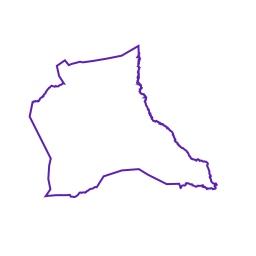 the district of Dashinchilen, Bulgan, Mongolia, rotated 101°
{"feature_id": "93677404B19716621729133", "entity_name": "Dashinchilen", "entity_type": "district", "adm_level": 2, "iso_a3": "MNG", "parent_name": "Mongolia", "parent_adm1": "Bulgan", "projection": "albers", "projection_center": [104.04, 47.859], "detail": "fine", "context": "isolated", "style": "outline", "palette": "violet", "viewbox_px": 256, "rotation_deg": 101, "n_neighbors": 0, "source": "geoboundaries", "source_scale": "gbopen_adm2", "svg_char_len": 5678}
<svg xmlns="http://www.w3.org/2000/svg" viewBox="0 0 256 256"><g transform="rotate(101 128 128)"><path d="M176.8,64.9L176.4,64.5L175.2,64.4L174.4,64.0L173.7,62.8L173.7,61.5L173.6,61.1L173.4,60.9L172.2,60.5L171.5,60.1L171.3,60.5L171.0,60.3L170.9,59.8L171.2,59.5L171.2,59.3L170.9,58.8L170.8,58.0L171.4,56.2L171.4,55.6L171.0,54.6L171.4,54.1L172.0,53.8L172.0,52.6L172.4,51.5L172.7,50.0L172.6,49.5L171.9,49.1L171.2,48.3L171.2,47.6L171.4,47.3L171.2,46.8L170.7,45.0L170.0,44.0L169.9,43.6L170.0,43.3L170.5,43.1L171.1,43.6L171.5,43.5L171.6,42.1L171.1,41.4L171.2,41.2L171.6,40.7L171.9,39.5L172.5,39.4L172.8,39.1L172.9,38.9L172.2,38.3L172.3,37.8L171.8,36.8L171.8,35.8L171.1,34.7L171.2,34.2L171.9,33.1L170.8,30.6L169.9,30.5L169.5,30.6L168.8,31.9L167.7,31.9L167.1,30.7L167.1,29.3L166.9,30.1L166.6,30.4L166.9,30.9L165.9,31.0L165.7,31.2L165.8,31.4L166.1,31.6L166.1,33.6L166.2,33.8L166.0,34.3L165.4,34.8L164.9,35.8L163.9,36.5L162.8,36.6L161.1,38.2L160.6,38.4L160.3,38.4L160.3,38.1L159.9,37.5L159.2,37.7L158.7,37.9L158.6,38.3L157.7,39.2L156.7,39.4L156.4,39.7L154.9,39.8L154.1,40.6L152.8,41.1L151.2,42.3L149.6,43.3L148.5,42.7L147.5,43.0L146.9,43.5L146.7,44.2L146.3,44.8L146.2,45.4L146.4,45.8L146.2,47.1L146.6,47.8L146.5,48.7L145.9,49.7L146.6,51.5L146.3,51.8L145.8,52.1L145.6,52.7L145.3,53.1L145.4,53.6L146.1,54.4L146.8,54.6L146.7,54.8L146.8,55.5L146.4,55.7L146.3,56.0L146.4,58.3L146.3,58.5L146.0,58.9L146.2,59.8L145.6,60.3L145.6,60.6L145.3,60.8L145.2,61.0L144.4,61.3L144.0,61.9L143.9,62.4L142.8,63.2L142.2,63.4L141.2,64.4L140.6,64.6L140.1,65.6L139.4,66.1L138.9,67.0L138.3,68.6L137.5,69.8L137.2,70.4L137.3,71.4L136.9,71.8L136.8,72.4L136.3,73.1L136.2,73.5L135.8,73.8L135.7,74.5L135.2,75.1L134.8,75.1L134.7,75.5L134.3,75.7L134.3,76.2L133.5,76.4L133.3,76.9L132.9,77.1L132.8,77.8L132.6,78.1L132.5,78.6L131.8,79.2L131.6,79.6L130.7,79.1L130.1,79.4L130.0,79.5L130.0,79.8L129.7,79.9L129.5,80.3L128.7,80.6L128.2,81.1L127.9,81.1L127.4,81.3L127.4,81.6L126.9,81.9L126.1,82.7L125.7,82.4L125.4,82.4L123.6,83.8L123.1,84.6L122.6,85.7L122.6,86.1L122.2,86.4L122.0,86.9L121.2,87.6L120.8,88.5L120.9,89.0L120.5,89.0L120.5,89.5L120.1,89.4L120.0,89.7L120.0,89.9L119.4,90.6L119.5,91.3L118.9,92.0L118.9,92.3L118.7,92.4L118.6,93.6L117.7,94.2L117.8,94.8L117.6,94.9L117.4,95.8L118.1,96.3L117.8,97.3L117.6,97.4L117.7,97.8L116.8,97.8L116.8,98.8L116.3,99.3L116.4,100.0L116.0,100.3L116.0,100.7L115.6,101.3L116.4,102.2L116.1,102.5L116.1,103.0L116.3,103.2L116.2,103.5L116.3,104.1L115.9,104.9L115.1,105.5L114.5,106.4L113.2,106.1L112.6,106.7L112.5,107.1L112.7,107.4L111.9,107.6L111.4,108.1L111.3,108.6L110.6,108.5L110.7,109.0L109.7,109.1L109.8,109.3L109.6,109.4L109.7,109.7L109.6,109.9L109.2,109.8L108.9,110.1L106.5,110.8L106.3,111.0L105.9,111.3L106.1,112.0L104.8,112.5L103.6,113.2L102.8,114.1L102.6,114.2L102.4,114.6L101.1,115.1L100.5,115.2L100.1,115.7L99.6,116.0L99.0,116.6L98.4,116.6L98.2,116.4L97.9,116.3L97.7,115.9L97.4,115.9L96.4,115.9L96.5,116.2L96.4,116.3L96.0,115.9L95.5,116.0L94.9,115.9L94.6,116.3L94.3,116.2L94.2,116.4L94.4,117.1L94.1,116.8L93.8,116.7L92.9,117.5L92.9,118.1L92.6,118.1L92.3,118.6L91.8,118.9L91.8,119.8L92.1,120.5L91.8,120.9L91.9,121.4L91.3,121.9L91.1,122.7L90.3,123.1L90.1,123.7L89.9,123.7L89.5,123.3L89.2,123.2L88.0,123.5L87.7,123.8L87.6,123.7L87.6,123.1L87.1,123.0L86.8,122.5L86.5,122.6L86.1,122.2L85.9,122.2L85.8,122.9L85.7,123.0L85.0,123.1L84.4,123.3L84.1,123.8L83.6,123.5L83.4,123.6L82.8,124.5L83.2,124.9L83.2,125.2L82.9,124.9L82.7,125.0L82.8,125.6L82.5,125.8L82.9,126.0L82.0,125.9L81.7,126.0L82.1,126.8L81.9,126.7L81.6,126.9L81.6,127.1L81.8,127.3L81.5,127.7L80.4,127.4L80.0,127.7L79.4,127.6L79.4,127.2L78.8,127.3L78.1,127.2L77.7,127.5L77.2,126.9L76.9,126.8L76.7,126.9L76.6,127.4L76.1,127.1L75.9,127.2L76.0,127.7L75.9,127.8L75.4,127.6L75.4,127.8L75.6,128.1L74.9,128.0L75.2,127.4L74.9,127.3L74.4,127.7L73.6,127.5L72.8,128.0L72.8,127.8L72.5,127.8L72.1,128.5L71.8,128.4L71.6,128.6L71.4,128.4L70.9,128.8L70.5,128.4L69.7,128.8L69.2,128.5L68.0,128.6L67.8,128.4L67.4,128.5L66.9,128.3L66.9,128.7L66.6,128.9L66.4,128.7L66.1,128.8L65.7,129.4L65.5,130.0L65.0,129.7L63.9,129.7L63.3,130.2L62.6,130.3L62.4,130.2L62.4,129.8L62.3,129.6L60.8,129.9L59.9,129.6L59.6,129.8L59.8,130.3L59.4,130.2L58.9,130.5L58.8,130.2L58.3,130.1L58.5,129.8L57.9,129.4L57.7,129.7L57.1,129.8L56.5,130.2L56.4,130.4L56.5,131.1L56.2,130.8L56.0,131.1L55.9,131.1L55.8,130.7L55.0,130.8L54.9,131.2L55.1,131.5L54.9,131.4L54.7,131.6L53.7,131.7L52.9,131.1L52.2,131.8L51.8,131.7L51.7,132.0L45.4,133.4L58.2,148.0L63.5,160.9L68.9,175.2L72.2,185.0L72.1,187.8L73.8,191.1L75.9,195.6L77.6,198.1L73.6,202.8L80.6,209.7L90.1,205.6L96.5,199.4L96.5,200.0L96.9,200.8L97.8,201.2L99.0,203.3L100.0,204.0L100.5,204.6L100.9,206.4L100.9,206.6L100.6,206.7L100.5,206.9L101.5,207.8L101.1,211.0L102.0,211.9L103.1,212.4L103.8,213.3L104.9,213.7L105.4,214.3L106.5,214.6L108.3,215.6L108.9,215.4L109.6,215.6L111.3,217.0L112.1,217.1L112.5,216.9L112.9,217.0L113.3,217.3L113.3,217.9L114.3,218.3L114.4,218.7L116.0,220.0L116.7,220.1L117.0,220.4L117.8,220.3L118.7,220.9L119.1,221.4L119.1,221.6L118.7,221.8L118.7,222.0L119.1,222.4L119.2,223.2L119.5,223.7L119.3,224.1L119.7,224.4L120.0,225.8L120.8,225.9L120.9,226.6L135.6,226.7L172.7,198.0L180.0,198.2L193.2,196.5L203.0,192.5L210.6,195.8L209.6,192.8L209.4,191.8L207.5,185.2L207.4,183.9L206.8,181.8L206.5,179.7L205.4,174.3L204.8,173.1L204.9,172.0L206.0,171.4L206.3,171.0L206.0,169.5L206.1,168.2L205.6,166.6L203.5,164.5L200.9,163.3L200.4,162.7L200.6,161.4L200.2,160.9L199.7,159.3L199.5,157.5L198.9,157.3L198.8,156.8L197.7,156.2L196.7,154.8L195.5,154.0L194.8,152.8L194.2,151.1L192.2,149.0L192.1,147.4L180.1,142.7L170.8,125.9L166.3,109.5L170.2,99.0L175.7,79.3L173.0,67.1L176.8,64.9Z" fill="none" stroke="#5b21b6" stroke-width="2"/></g></svg>